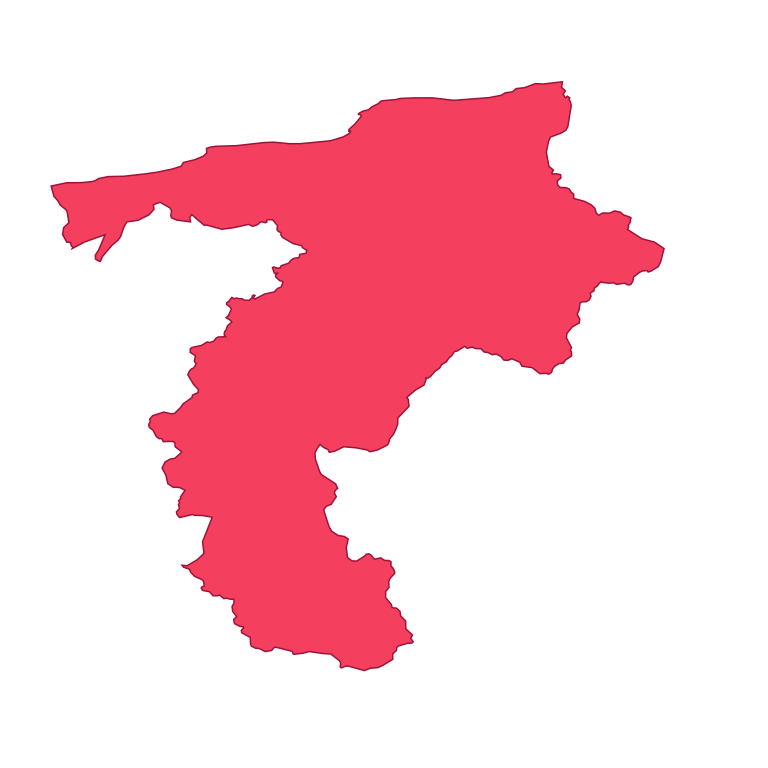 Sambava, Sava, Madagascar, rotated 261°
{"feature_id": "10022922B78580830473532", "entity_name": "Sambava", "entity_type": "district", "adm_level": 2, "iso_a3": "MDG", "parent_name": "Madagascar", "parent_adm1": "Sava", "projection": "equal_earth", "projection_center": [49.762, -14.245], "detail": "fine", "context": "isolated", "style": "filled", "palette": "rose", "viewbox_px": 768, "rotation_deg": 261, "n_neighbors": 0, "source": "geoboundaries", "source_scale": "gbopen_adm2", "svg_char_len": 6157}
<svg xmlns="http://www.w3.org/2000/svg" viewBox="0 0 768 768"><g transform="rotate(261 384 384)"><path d="M106.3,338.9L110.7,349.6L116.0,350.3L118.8,354.5L121.8,355.4L123.0,357.1L124.2,366.5L123.8,371.0L124.7,372.5L128.7,370.6L131.7,372.9L138.6,367.3L146.7,368.3L152.2,364.2L157.0,364.2L160.6,361.3L161.8,357.0L165.0,356.8L172.8,352.2L178.8,353.2L182.2,357.1L188.3,357.8L191.4,360.0L195.4,365.0L197.3,365.1L201.0,364.0L202.9,362.4L207.2,363.1L208.8,361.5L209.7,357.0L212.8,353.5L212.4,347.2L217.3,344.3L218.7,342.4L218.6,339.7L217.2,338.2L213.4,329.3L214.3,324.7L218.4,320.8L228.5,321.2L236.6,324.4L239.6,321.0L241.5,315.1L246.8,309.2L252.2,307.3L267.8,304.9L269.4,305.1L271.3,306.7L272.3,308.2L273.4,313.0L280.2,319.3L283.9,318.0L286.5,319.1L288.2,321.9L292.9,320.6L304.4,307.9L307.9,306.7L320.2,304.5L326.9,305.0L330.7,307.9L334.3,311.4L330.8,314.4L328.0,318.5L325.1,319.3L325.4,324.9L328.3,334.5L325.2,346.9L321.4,357.2L319.3,359.5L319.8,367.0L323.1,377.7L325.1,379.5L328.9,381.0L332.8,385.4L338.0,388.9L342.2,391.3L348.2,392.3L358.0,405.2L364.9,405.6L367.1,404.3L373.0,413.9L376.7,423.3L381.9,426.3L383.4,426.2L382.9,428.1L384.4,431.4L388.4,436.1L391.0,441.4L394.0,443.8L396.2,449.1L399.8,452.4L401.3,455.3L405.1,458.7L405.1,461.3L408.6,469.6L406.3,471.7L406.6,476.9L404.5,480.4L403.7,485.3L400.0,487.8L398.7,491.8L396.0,495.5L396.1,499.5L392.9,503.7L388.9,506.1L388.0,510.1L388.9,514.3L384.2,521.6L380.0,523.0L377.0,532.9L369.8,539.6L369.3,545.0L368.0,548.6L369.3,551.3L372.6,552.9L374.9,555.5L376.8,560.1L376.6,564.5L379.2,566.9L382.4,573.7L386.7,574.1L388.2,573.2L390.6,574.9L401.1,571.4L405.4,572.6L410.9,578.8L413.8,586.4L417.5,587.5L422.7,585.7L426.2,588.1L433.3,590.3L434.2,592.3L433.6,596.6L435.0,600.0L438.3,602.2L441.4,601.8L443.2,605.9L445.9,606.8L447.4,609.9L450.8,613.6L448.4,621.8L448.0,626.6L446.0,629.4L445.9,637.6L443.9,640.0L443.5,642.1L444.0,643.6L446.4,645.7L450.7,647.3L454.4,654.1L455.2,657.2L454.8,661.7L453.3,662.4L453.7,665.3L457.0,673.2L461.1,676.2L473.9,681.8L481.9,673.3L487.0,661.6L498.6,648.6L500.8,650.3L502.2,649.9L505.9,653.0L507.5,652.8L509.3,654.0L510.2,653.2L513.5,647.1L516.6,644.5L518.9,639.0L517.5,633.4L518.7,626.7L517.0,622.4L519.7,620.4L524.6,619.7L528.5,616.8L533.2,610.3L537.5,600.5L541.9,601.0L544.3,598.8L547.5,597.6L549.5,594.3L550.6,588.7L553.5,586.6L557.3,586.8L559.8,591.0L563.2,591.1L564.6,587.2L565.1,583.0L566.3,582.8L568.7,584.8L573.3,580.9L587.6,580.6L597.5,584.3L601.9,587.0L604.2,598.6L606.2,603.3L609.4,605.8L629.7,612.5L633.9,612.2L636.1,611.1L637.6,612.2L639.6,610.1L638.4,608.3L638.7,607.7L642.3,606.3L645.2,609.0L649.1,605.8L654.6,607.5L655.4,588.1L657.0,580.5L654.7,569.0L655.1,560.7L652.5,556.6L652.6,549.3L650.8,544.7L650.4,532.4L653.3,497.2L658.9,477.2L661.8,459.2L663.5,444.8L663.1,440.2L664.0,427.1L663.7,424.8L661.9,422.5L659.6,415.3L657.3,411.4L656.8,406.0L655.3,401.6L654.3,401.0L653.5,403.2L651.9,403.4L645.4,396.0L640.9,389.2L639.2,388.8L639.1,390.4L638.4,390.4L636.8,388.7L634.4,382.2L632.6,369.0L634.5,338.7L636.1,328.4L640.1,312.9L641.2,303.6L642.5,275.5L645.1,255.0L645.1,248.9L644.4,245.5L639.9,245.1L637.3,241.2L635.1,232.1L634.2,220.5L630.8,217.6L629.4,207.9L628.7,192.8L628.9,180.5L629.9,159.5L632.0,144.0L631.6,134.4L630.0,130.4L629.6,127.1L630.2,116.8L632.4,102.1L631.6,86.2L620.8,87.4L616.3,90.4L611.4,92.2L605.7,97.3L603.7,98.0L592.6,98.0L588.6,92.1L581.9,89.9L573.7,92.9L572.8,96.6L569.7,96.7L567.8,98.0L566.5,97.2L571.1,110.5L575.1,131.9L561.0,123.1L556.3,119.0L552.5,118.6L549.9,121.7L549.5,123.1L553.9,125.8L558.2,130.7L563.9,137.5L567.8,144.0L570.6,146.7L579.5,151.6L584.3,155.3L584.2,166.8L587.8,178.3L592.5,184.1L597.2,184.3L598.5,191.3L591.5,200.1L588.3,201.3L583.7,199.7L581.4,200.1L578.3,205.0L574.4,218.3L578.8,218.2L581.4,220.6L568.9,231.2L568.7,233.8L562.2,248.1L561.9,259.4L562.8,275.1L560.3,279.0L561.2,284.2L563.0,286.5L563.4,288.4L561.8,292.2L562.4,293.6L563.9,293.6L564.5,295.0L563.6,299.7L557.1,303.6L553.4,302.5L551.9,303.0L549.4,305.9L547.2,305.5L544.6,306.8L537.0,316.0L533.5,324.3L531.3,324.9L528.3,328.6L525.3,327.4L525.2,321.1L522.2,319.8L522.2,314.5L520.9,311.5L518.2,308.7L517.0,301.0L515.0,299.7L515.0,297.3L516.9,293.2L516.4,292.0L510.8,293.0L510.0,296.1L508.7,293.8L506.5,293.9L502.2,297.3L501.5,299.5L500.5,300.2L495.9,297.6L495.1,294.0L492.1,289.9L491.5,280.0L488.1,269.8L489.1,268.3L491.6,270.4L492.3,269.0L491.7,267.8L489.8,267.2L487.8,263.8L488.8,259.0L490.4,257.3L490.9,254.1L492.0,252.0L491.7,249.6L493.3,247.2L489.9,243.7L489.0,241.5L487.4,240.9L483.7,244.3L481.9,244.9L475.9,241.0L474.2,238.4L470.9,242.3L468.9,243.3L466.1,238.6L461.9,236.3L460.8,234.8L457.7,233.8L455.5,234.9L456.4,227.3L455.2,224.8L453.0,222.7L452.2,218.7L453.2,215.8L450.7,209.9L450.1,200.0L449.0,198.1L445.5,197.6L441.5,202.2L436.1,200.2L433.2,201.7L429.7,198.6L428.8,195.7L426.8,193.5L423.8,191.7L413.5,195.8L407.4,199.8L404.6,198.9L403.0,193.1L400.7,192.3L395.8,182.4L392.6,179.4L387.8,172.6L387.8,169.4L390.7,162.1L388.9,150.5L386.0,147.1L383.0,147.2L381.3,145.5L379.5,145.2L377.5,145.6L374.6,148.6L367.5,151.0L365.2,153.3L364.7,156.1L361.6,157.0L360.4,166.2L358.9,168.3L354.7,167.9L348.9,173.4L348.1,173.3L343.3,165.7L343.3,160.9L341.2,155.5L335.8,151.7L328.0,154.3L319.4,154.9L315.0,159.6L313.9,165.6L310.2,170.9L304.4,165.4L302.2,165.0L301.0,162.9L298.6,163.4L297.0,162.1L293.0,162.5L290.2,159.0L287.7,159.1L284.1,161.1L285.0,174.4L283.9,176.4L282.5,184.1L279.3,193.5L256.6,180.1L244.9,179.7L239.7,172.2L235.3,161.1L236.6,156.2L234.3,157.5L231.7,162.6L228.0,163.8L223.8,166.7L219.3,173.5L217.3,174.9L212.8,174.9L212.1,172.5L211.0,171.5L208.5,172.5L206.1,179.2L201.7,181.9L200.9,185.7L201.2,188.8L197.1,192.2L197.1,195.4L195.6,198.0L194.9,201.9L191.4,201.8L188.0,199.1L183.0,199.0L177.2,202.1L175.0,198.7L170.8,198.8L167.2,203.7L166.1,207.1L165.0,207.1L163.0,204.5L160.5,204.6L154.7,212.2L147.8,211.5L145.7,212.1L143.2,215.7L142.1,219.7L138.3,224.8L138.4,231.4L140.6,233.8L141.1,235.6L134.3,251.6L131.5,252.1L131.1,252.8L130.8,262.3L131.5,268.1L127.3,281.6L125.7,289.1L117.7,296.7L115.3,297.5L111.3,296.5L110.3,297.5L111.2,301.8L111.0,304.6L104.0,319.9L105.4,326.0L104.8,333.6L106.3,338.9Z" fill="#f43f5e" stroke="#9f1239" stroke-width="1.5"/></g></svg>